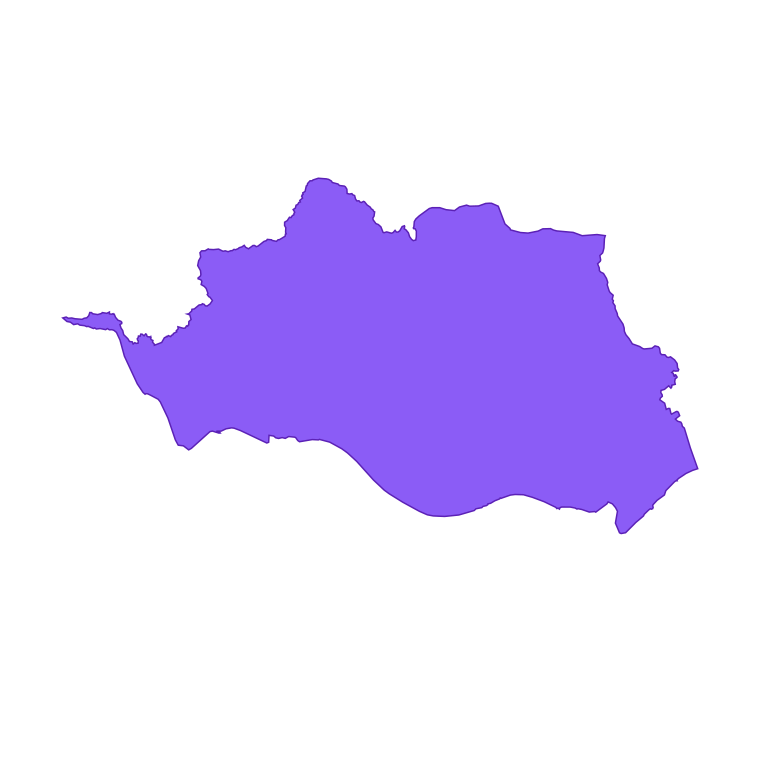 Sambas, Kalimantan Barat, Indonesia (orthographic projection), rotated 252°
{"feature_id": "22746128B87993072617697", "entity_name": "Sambas", "entity_type": "district", "adm_level": 2, "iso_a3": "IDN", "parent_name": "Indonesia", "parent_adm1": "Kalimantan Barat", "projection": "orthographic", "projection_center": [109.291, 1.523], "detail": "fine", "context": "isolated", "style": "filled", "palette": "violet", "viewbox_px": 768, "rotation_deg": 252, "n_neighbors": 0, "source": "geoboundaries", "source_scale": "gbopen_adm2", "svg_char_len": 6170}
<svg xmlns="http://www.w3.org/2000/svg" viewBox="0 0 768 768"><g transform="rotate(252 384 384)"><path d="M600.1,376.4L598.3,373.3L596.5,372.2L596.4,371.3L591.5,368.4L590.9,365.8L589.3,365.6L588.9,364.3L588.3,364.3L588.0,363.7L586.0,364.0L584.6,360.6L583.0,360.7L582.9,359.0L581.4,357.4L581.2,355.6L578.7,354.1L578.0,351.5L575.0,352.2L574.1,351.1L572.8,350.6L572.5,348.9L571.0,347.0L571.8,345.6L569.3,342.5L568.6,339.5L565.5,338.4L563.0,338.9L558.8,337.3L557.1,337.4L557.1,336.6L555.1,335.6L553.6,329.2L553.9,327.8L552.9,325.8L555.1,322.0L555.9,321.6L557.6,317.7L556.7,316.5L556.7,313.9L554.1,306.8L554.1,304.9L555.7,303.8L556.2,302.2L554.5,296.9L556.7,294.7L559.1,293.9L558.3,291.1L558.4,288.4L557.8,287.2L557.6,284.3L558.4,282.9L557.7,280.8L558.1,279.7L558.0,276.6L559.7,274.2L560.0,271.9L563.4,268.4L564.5,263.4L566.1,259.2L566.8,258.6L566.0,255.0L567.0,251.6L565.7,249.5L561.4,248.9L558.5,245.8L554.2,243.4L548.5,244.5L544.7,243.7L543.4,242.8L542.3,239.9L541.5,239.7L539.8,241.9L538.7,242.4L537.7,242.4L535.1,240.8L532.4,243.2L529.8,244.4L524.6,244.6L523.7,243.5L521.1,244.4L520.3,245.3L516.4,246.6L513.9,243.3L512.8,239.9L513.6,238.2L515.3,237.6L516.5,236.0L515.8,235.3L516.3,232.5L514.0,226.8L514.4,224.4L512.9,223.7L511.1,220.1L511.3,218.6L509.7,220.7L504.9,220.4L503.7,217.7L500.5,216.5L500.3,215.6L499.6,215.1L500.3,214.1L498.7,212.3L499.0,210.4L502.1,205.7L500.1,205.3L498.8,202.9L497.7,203.0L497.1,199.3L496.2,198.7L495.9,196.9L495.0,195.8L496.7,193.8L496.0,192.5L496.5,191.7L495.9,191.0L495.9,189.5L492.2,185.4L491.8,177.6L492.8,177.9L495.3,176.8L496.8,177.7L498.1,176.3L499.2,176.1L499.9,176.7L501.1,176.8L500.6,176.0L501.5,175.3L501.7,174.2L502.6,173.4L504.7,173.4L505.3,172.8L504.0,170.7L506.1,169.4L506.6,168.1L504.8,166.8L505.5,165.3L504.0,164.5L503.3,163.3L501.9,163.2L501.0,163.7L498.8,162.7L499.2,160.8L500.3,159.8L499.6,157.8L501.9,157.6L503.1,155.1L506.2,154.4L511.4,151.7L515.6,152.0L518.6,151.2L522.2,151.2L522.5,153.2L523.7,153.7L525.0,153.1L526.9,150.7L530.3,149.3L533.8,149.0L533.9,148.2L534.6,148.1L534.6,146.3L535.6,144.5L537.3,145.1L536.9,142.2L539.0,138.1L538.4,137.3L538.5,133.2L540.8,128.7L542.3,127.9L542.9,126.3L540.2,124.3L538.8,121.8L539.2,119.1L538.8,116.9L541.5,110.4L543.3,107.4L544.1,104.1L545.9,102.4L546.1,98.9L541.4,101.8L539.7,104.9L536.4,107.2L535.9,111.3L534.0,112.9L532.0,117.2L530.4,119.1L530.3,120.4L526.6,124.8L526.7,126.2L525.2,127.4L524.5,131.1L521.7,136.1L522.2,138.0L520.4,139.6L519.7,142.1L518.4,143.8L515.7,145.5L507.4,146.5L490.7,145.7L460.4,149.4L450.5,152.2L448.1,153.6L448.4,154.6L447.7,156.2L445.5,158.5L439.3,164.5L436.1,165.7L418.4,168.0L395.3,168.3L389.4,169.4L387.2,174.1L381.7,177.9L382.3,180.9L392.5,203.8L392.2,206.3L388.4,211.7L388.0,213.1L389.7,212.6L389.3,213.3L389.7,212.9L389.6,210.8L390.2,210.0L390.8,210.6L389.5,214.5L390.2,219.9L389.4,225.5L388.3,227.8L384.1,233.1L364.1,254.3L364.2,256.3L370.7,258.8L368.6,263.0L366.3,264.4L364.8,266.9L364.5,270.6L362.8,273.3L363.5,277.1L361.1,282.5L360.4,283.4L356.9,284.5L355.2,285.8L353.3,298.6L351.1,304.4L351.3,305.4L345.5,314.4L335.5,323.8L329.7,328.0L318.9,334.1L296.0,344.3L283.0,351.4L277.9,355.1L265.8,365.3L252.0,378.3L246.2,384.8L243.3,390.1L239.3,400.8L236.3,414.7L235.8,430.7L236.9,432.9L236.2,438.8L237.0,440.4L236.7,443.9L237.2,445.5L237.9,445.8L237.6,448.5L238.7,453.4L239.0,458.5L239.7,459.3L239.1,460.0L239.3,469.9L238.4,474.6L235.6,482.4L230.4,490.1L222.6,499.9L213.6,509.3L212.1,509.9L212.2,511.1L210.8,512.2L212.0,513.2L212.1,514.9L209.4,523.1L207.0,527.4L205.4,528.9L205.5,529.9L203.5,533.4L198.8,539.6L197.6,544.9L196.7,545.8L201.1,558.9L202.6,560.7L199.4,564.2L194.9,566.0L190.8,566.7L180.2,561.1L169.7,562.0L168.5,563.3L167.9,567.8L174.5,580.7L178.3,590.0L179.7,591.3L182.4,596.8L183.0,598.7L182.3,599.6L182.4,601.0L183.4,601.8L185.3,602.0L186.1,602.6L189.0,607.8L191.8,616.4L195.5,619.1L201.1,629.8L201.7,631.4L201.4,632.9L202.1,632.8L203.2,635.1L205.6,643.6L206.5,650.9L206.5,656.2L228.6,655.6L249.3,656.0L251.5,654.7L254.2,654.9L256.0,654.5L257.9,651.7L260.6,650.3L262.5,655.4L266.1,655.2L267.1,654.6L267.5,653.6L266.5,648.2L267.3,647.8L272.4,648.2L272.9,646.9L272.6,644.6L279.0,645.0L283.8,641.4L285.2,642.5L286.3,644.9L287.9,645.2L290.2,644.6L292.3,645.5L292.2,649.1L294.3,654.2L291.4,655.6L292.3,656.8L293.9,657.3L293.7,660.9L296.4,661.2L298.9,662.5L299.7,664.7L300.3,664.9L302.6,664.2L302.7,663.6L301.5,662.9L301.9,662.3L304.8,662.3L306.0,661.2L307.2,663.7L306.3,664.8L305.5,667.8L306.7,668.8L308.6,668.2L312.9,669.1L317.1,667.8L321.3,664.9L321.3,662.8L322.0,661.5L325.0,660.2L326.2,657.0L328.0,656.3L332.8,657.1L334.6,656.4L336.5,653.5L335.2,649.9L336.9,642.4L337.7,641.1L340.6,638.8L345.4,632.6L351.5,631.1L356.1,629.3L359.8,628.9L363.1,629.7L367.1,629.8L376.5,627.2L379.1,627.6L384.3,627.1L386.9,627.9L390.7,626.8L392.3,627.9L394.1,627.3L397.6,629.4L401.1,627.3L402.8,626.9L409.4,626.9L411.5,628.2L415.7,628.2L421.3,626.9L423.6,624.6L425.3,623.9L427.9,624.6L432.3,624.3L434.0,627.7L435.0,628.4L439.5,629.0L441.1,632.4L443.1,633.8L445.4,635.2L454.2,638.6L456.7,640.3L460.3,632.8L463.8,618.3L469.7,610.8L476.2,595.6L478.0,592.8L480.3,590.4L482.5,582.9L481.8,577.9L483.0,567.7L485.9,560.6L491.5,551.9L493.0,551.9L498.9,548.5L517.8,547.6L522.6,542.2L523.4,540.0L524.3,536.5L524.1,529.0L526.6,520.5L528.6,517.8L529.0,510.4L527.1,504.7L530.6,496.9L534.4,491.6L536.8,484.2L536.9,481.3L533.0,469.4L531.1,465.3L529.1,463.0L524.1,460.9L523.4,460.1L522.6,460.2L522.0,461.6L519.4,462.0L514.0,460.2L511.1,458.7L511.3,456.1L513.1,454.9L516.2,453.9L520.3,453.9L523.9,452.5L525.4,451.2L527.5,452.4L528.2,452.3L528.1,449.9L524.8,446.3L524.2,444.2L524.7,442.7L526.7,442.0L525.2,439.4L525.1,437.7L527.8,433.6L527.9,430.7L528.4,430.0L534.5,429.6L537.5,427.8L539.0,425.9L543.5,424.4L545.3,424.7L546.7,426.4L550.6,428.3L551.2,427.6L553.2,427.2L554.5,426.0L556.4,425.6L559.4,423.3L563.3,421.8L564.0,421.0L563.6,418.5L564.3,417.5L566.0,416.8L566.5,414.8L568.6,414.1L572.3,414.3L573.7,412.7L575.0,412.3L575.3,409.9L576.6,407.8L580.7,408.9L583.5,408.2L584.5,407.4L586.6,402.9L588.4,402.1L591.6,397.1L593.3,396.7L595.7,394.6L596.9,392.6L600.0,385.1L600.0,379.5L599.5,378.4L600.1,376.4Z" fill="#8b5cf6" stroke="#5b21b6" stroke-width="1.5"/></g></svg>